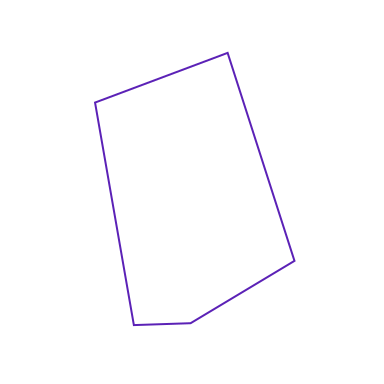 map outline of Curepipe (Robinson projection), rotated 105°
{"feature_id": "MUS-5183", "entity_name": "Curepipe", "entity_type": "City", "adm_level": 1, "iso_a3": "MUS", "parent_name": "Mauritius", "parent_adm1": "", "projection": "robinson", "projection_center": [57.517, -20.322], "detail": "fine", "context": "isolated", "style": "outline", "palette": "violet", "viewbox_px": 384, "rotation_deg": 105, "n_neighbors": 0, "source": "natural_earth", "source_scale": "10m", "svg_char_len": 235}
<svg xmlns="http://www.w3.org/2000/svg" viewBox="0 0 384 384"><g transform="rotate(105 192 192)"><path d="M48.4,193.6L232.0,75.2L319.1,159.4L335.6,213.7L130.7,308.8L48.4,193.6Z" fill="none" stroke="#5b21b6" stroke-width="2"/></g></svg>